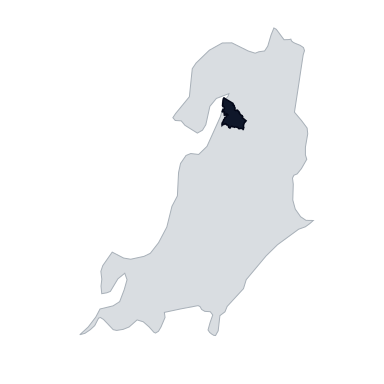 Abangares, Guanacaste, Costa Rica (highlighted), rotated 79°
{"feature_id": "36466004B17800837418236", "entity_name": "Abangares", "entity_type": "district", "adm_level": 2, "iso_a3": "CRI", "parent_name": "Costa Rica", "parent_adm1": "Guanacaste", "projection": "orthographic", "projection_center": [-85.008, 10.251], "detail": "fine", "context": "in_parent", "style": "filled", "palette": "ink", "viewbox_px": 384, "rotation_deg": 79, "n_neighbors": 0, "source": "geoboundaries", "source_scale": "gbopen_adm2", "svg_char_len": 5905}
<svg xmlns="http://www.w3.org/2000/svg" viewBox="0 0 384 384"><g transform="rotate(79 192 192)"><path d="M337.4,196.3L336.9,197.9L335.4,199.6L333.3,201.4L330.5,202.6L323.5,199.1L316.7,195.1L313.0,196.9L311.6,202.2L309.2,204.9L306.0,206.0L304.7,207.7L304.6,225.4L304.9,242.1L310.0,242.4L318.6,248.2L322.3,251.5L323.5,254.7L322.4,256.2L316.2,259.9L310.1,264.6L307.1,270.3L312.5,279.5L313.7,285.8L313.5,292.4L312.1,295.6L300.2,303.2L297.7,305.9L298.0,307.8L304.6,313.0L307.7,318.0L310.3,324.1L310.7,329.4L304.7,319.6L296.4,310.3L289.3,304.6L288.7,291.2L285.8,283.9L275.0,277.2L265.7,272.5L258.9,273.5L263.1,281.3L274.0,291.1L274.7,294.9L274.6,300.0L267.1,299.3L260.5,297.2L252.5,296.6L247.2,293.6L235.8,281.8L243.8,271.7L246.3,265.0L246.0,251.3L244.2,244.6L235.4,234.5L221.6,223.4L202.2,214.4L193.1,207.1L170.4,201.5L161.8,197.8L155.0,190.9L154.0,185.9L156.4,178.3L150.1,168.6L123.1,149.5L108.1,142.4L104.8,138.3L102.5,137.0L104.8,150.2L111.3,158.1L128.6,165.6L133.3,169.9L135.2,175.5L125.2,186.2L120.1,189.0L118.6,194.8L115.4,196.6L111.9,193.2L98.0,176.4L71.0,168.2L66.1,163.3L56.1,147.9L51.5,133.8L53.2,124.4L64.3,109.9L67.8,103.5L67.1,99.6L67.4,93.8L63.3,89.8L53.1,84.5L46.6,80.3L48.4,78.2L60.1,72.6L60.9,67.5L60.8,65.8L62.7,65.5L64.4,64.1L65.5,62.7L68.7,57.8L71.5,55.0L74.7,54.6L78.6,56.7L93.4,62.0L109.8,67.8L133.2,76.2L142.9,70.8L151.2,66.8L157.0,67.3L169.6,72.1L177.2,73.6L181.8,73.1L189.9,80.1L194.3,85.3L195.0,88.8L197.5,90.7L203.7,91.1L219.1,94.6L228.5,93.9L237.0,90.1L241.6,85.5L243.1,78.4L245.2,81.9L247.8,87.4L248.9,94.5L260.1,118.2L268.9,131.5L288.4,155.5L296.7,159.9L311.0,179.3L315.9,182.5L318.7,188.2L333.3,192.8L337.4,196.3Z" fill="#d9dde1" stroke="#a8b0b8" stroke-width="1"/><path d="M129.7,127.4L129.4,127.9L129.1,128.0L128.9,128.4L128.9,128.5L128.6,128.4L128.3,128.3L128.3,128.2L128.0,128.1L127.8,128.0L127.7,127.9L127.6,128.0L127.4,128.2L127.0,128.2L126.7,128.1L126.5,128.3L126.4,128.7L126.3,128.8L125.9,129.0L125.7,129.3L125.4,129.5L124.8,129.8L124.4,130.2L124.1,130.3L124.0,130.5L123.9,130.5L123.7,130.4L123.6,130.2L123.4,130.2L123.2,130.4L123.1,130.6L122.9,130.7L122.7,130.6L122.4,130.5L122.1,130.6L121.8,130.9L121.6,131.1L121.4,131.3L121.2,131.4L121.1,131.6L120.8,131.5L120.7,131.8L120.2,132.0L120.2,132.5L120.3,132.7L120.3,133.0L120.5,133.1L120.5,133.3L120.4,133.4L120.4,133.5L120.2,133.7L119.9,133.9L119.8,134.0L119.7,134.4L119.6,134.5L119.3,134.3L119.1,134.3L119.0,134.2L118.7,134.2L118.3,133.9L118.2,133.8L117.7,133.7L117.3,133.8L117.2,134.0L116.7,134.1L116.4,134.2L116.2,134.1L115.9,134.1L115.7,134.0L115.4,134.1L115.0,134.1L114.9,134.2L114.9,134.4L114.9,134.5L114.6,134.5L114.4,134.6L114.2,134.7L114.2,135.0L114.0,134.8L113.9,134.8L113.7,134.8L113.3,134.8L113.2,134.8L112.9,134.9L112.8,135.0L112.7,135.0L106.9,141.5L106.6,141.7L106.4,142.0L106.2,142.1L105.9,142.4L105.8,142.5L105.7,142.7L106.4,143.2L106.5,143.4L106.6,143.6L107.0,143.7L107.3,143.8L108.5,144.3L108.9,144.4L109.3,144.4L109.4,144.5L109.6,144.5L109.8,144.4L110.0,144.4L110.2,144.6L110.3,144.8L110.5,145.0L110.9,145.0L111.2,144.8L111.4,144.8L111.5,145.0L111.8,145.2L112.0,145.3L112.3,145.4L112.5,145.4L112.7,145.5L112.9,145.6L113.1,145.6L113.3,145.5L113.5,145.5L113.7,145.4L113.7,145.0L114.0,144.7L114.7,144.4L114.8,144.3L115.5,144.3L115.6,144.2L115.8,144.2L116.4,144.4L116.9,144.6L117.0,144.7L117.1,144.8L116.9,145.1L116.9,145.3L116.9,145.6L117.0,145.9L117.1,146.0L117.3,146.0L117.6,146.3L118.1,146.5L118.6,147.0L119.0,147.0L119.1,146.9L119.3,146.5L119.2,146.3L119.0,146.2L118.8,146.0L118.7,145.9L118.7,145.7L119.0,145.6L119.4,145.7L119.5,145.6L119.4,145.2L119.5,144.9L119.7,145.0L119.8,145.1L120.0,145.2L120.3,144.9L120.6,145.0L120.8,145.3L121.0,145.5L121.5,145.5L121.6,145.3L121.8,145.3L121.8,145.5L122.0,145.5L122.4,145.6L122.7,145.7L122.8,145.6L122.8,145.3L122.8,145.2L122.9,144.7L122.7,144.7L122.4,144.6L122.3,144.4L122.2,144.3L122.3,143.9L122.2,143.8L122.1,143.7L121.9,143.5L122.0,143.4L122.1,143.0L121.9,142.9L122.3,142.5L122.4,142.4L122.6,142.3L122.7,142.2L122.9,142.0L123.1,142.0L122.9,142.4L122.8,142.6L123.1,143.0L123.8,143.4L124.0,143.6L124.5,143.8L124.8,144.0L125.0,144.3L125.1,144.5L125.1,144.8L125.0,145.0L125.0,145.3L125.3,145.5L125.5,145.7L125.6,145.8L125.9,145.9L126.1,146.1L126.4,146.2L127.0,146.5L127.1,146.8L127.1,147.1L127.6,147.4L127.9,147.6L128.2,147.7L128.6,147.9L128.8,148.1L129.0,148.2L129.2,148.6L129.4,148.8L129.7,149.0L129.8,149.1L130.4,149.4L130.6,149.5L131.4,149.6L131.7,149.6L131.8,149.8L132.3,149.8L132.2,149.7L131.8,149.6L131.8,149.3L131.9,149.1L131.8,148.9L131.6,148.7L131.6,148.4L131.8,148.3L131.9,148.0L131.8,147.9L131.7,147.7L131.5,147.4L131.5,147.2L131.6,146.8L131.6,146.6L131.2,146.5L131.2,146.4L131.4,146.3L131.3,146.2L131.3,145.9L131.4,145.7L131.5,145.6L132.0,145.5L132.2,145.3L132.4,145.3L132.5,145.3L132.9,145.0L133.0,144.4L133.5,143.9L133.8,143.8L134.0,143.8L134.5,143.7L134.9,143.7L135.0,143.7L135.5,143.6L135.8,143.3L136.0,143.2L136.3,142.9L136.2,142.6L136.1,142.4L136.2,142.2L136.3,142.0L135.7,141.6L135.4,141.4L135.2,141.1L135.0,140.8L135.0,140.4L135.2,140.0L135.3,140.0L135.4,139.9L135.5,139.7L135.8,139.6L135.9,139.4L135.9,139.1L136.0,138.7L136.3,138.4L136.4,138.2L136.5,138.0L136.6,137.9L136.5,137.7L136.5,137.4L136.5,137.1L136.5,136.9L136.5,136.6L136.4,136.5L136.5,136.3L137.0,135.7L137.1,135.3L137.3,134.7L137.8,134.5L138.4,134.3L138.6,134.2L138.8,133.8L138.9,133.7L138.9,133.4L138.9,133.2L138.9,132.8L138.8,132.6L138.9,132.1L139.0,131.7L139.1,131.3L139.2,131.1L139.4,130.6L139.6,130.3L140.4,129.9L140.2,129.6L139.5,129.5L139.3,129.4L139.1,129.3L139.0,129.0L138.9,128.9L138.4,128.8L138.2,128.9L137.6,128.9L137.5,129.0L137.4,129.0L137.2,128.9L136.7,128.8L136.0,128.6L135.9,128.6L135.9,128.4L135.1,128.1L134.9,127.9L134.7,127.8L134.4,127.7L134.2,127.4L133.9,127.2L133.7,126.9L133.6,126.7L133.4,126.6L133.4,126.4L133.2,126.2L133.0,125.8L132.8,125.7L132.6,125.6L132.4,125.3L129.9,127.4L129.7,127.4Z" fill="#0f172a" stroke="#020617" stroke-width="1.5"/></g></svg>